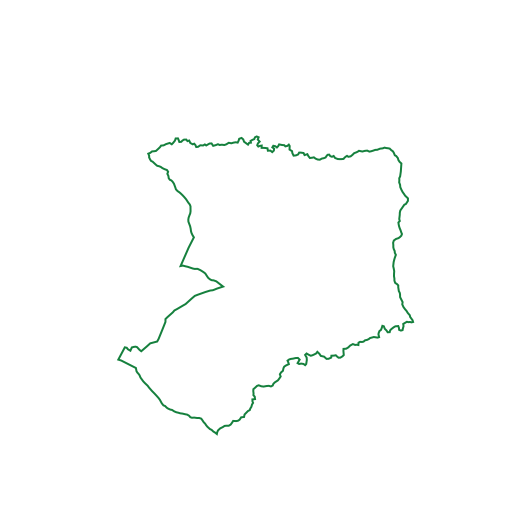 the district of Caarapó, Mato Grosso do Sul, Brazil, rotated 144°
{"feature_id": "56859067B43727288839487", "entity_name": "Caarapó", "entity_type": "district", "adm_level": 2, "iso_a3": "BRA", "parent_name": "Brazil", "parent_adm1": "Mato Grosso do Sul", "projection": "albers", "projection_center": [-54.806, -22.627], "detail": "fine", "context": "isolated", "style": "outline", "palette": "green", "viewbox_px": 512, "rotation_deg": 144, "n_neighbors": 0, "source": "geoboundaries", "source_scale": "gbopen_adm2", "svg_char_len": 6136}
<svg xmlns="http://www.w3.org/2000/svg" viewBox="0 0 512 512"><g transform="rotate(144 256 256)"><path d="M283.5,399.9L284.5,398.6L284.9,396.5L285.0,394.6L284.2,393.1L283.4,389.0L282.9,387.0L281.8,385.8L280.7,384.1L280.1,382.2L279.0,380.1L277.5,377.9L277.6,375.8L279.4,374.6L279.8,372.3L280.9,370.2L280.9,368.3L280.1,367.0L279.8,365.2L279.9,362.7L281.0,358.8L281.6,357.0L281.3,354.6L280.5,352.4L280.1,350.6L279.7,348.3L279.4,345.8L279.2,343.0L279.4,339.0L279.3,336.6L279.8,334.7L282.7,330.6L284.2,329.1L285.8,328.1L288.0,326.6L289.4,325.2L290.5,323.5L291.8,318.8L292.8,316.5L294.0,314.3L294.6,312.7L295.1,310.2L295.3,307.6L305.5,302.4L322.9,292.2L320.8,291.2L319.1,289.1L317.6,287.4L314.4,282.9L313.2,281.6L310.8,279.9L309.3,277.2L308.4,275.0L307.8,273.4L307.3,271.6L307.5,268.0L307.5,266.2L306.8,263.8L306.0,262.4L304.6,261.2L303.0,258.8L300.6,250.6L306.8,252.6L309.3,253.2L311.1,253.7L313.4,255.0L318.1,256.6L325.9,258.9L328.9,259.7L332.9,259.4L341.2,258.5L343.9,258.8L351.2,259.5L354.0,259.9L356.4,259.3L363.5,258.6L366.3,258.2L368.0,255.9L374.0,252.1L383.5,246.2L386.2,244.9L392.9,247.5L397.6,247.0L404.8,246.4L405.4,248.5L405.8,252.2L406.7,253.4L408.1,254.2L410.2,255.0L413.3,253.2L414.5,256.0L414.5,257.7L415.8,259.2L428.3,253.1L426.5,250.7L419.0,236.0L420.4,233.0L420.5,231.3L420.3,229.7L420.3,228.0L420.9,225.6L420.9,223.4L420.9,220.9L420.6,218.5L419.9,214.7L419.9,212.4L419.5,207.9L419.0,204.7L418.6,201.4L418.3,198.2L418.3,196.1L418.8,192.3L418.7,189.6L417.7,188.0L417.4,185.8L416.8,184.2L415.6,182.1L414.4,180.8L413.5,178.4L412.3,176.4L410.9,174.8L409.8,173.3L408.0,171.6L406.4,169.7L404.9,168.1L404.0,166.0L403.9,164.2L402.9,162.8L401.0,161.6L398.8,159.5L397.2,158.4L395.9,156.6L395.9,154.8L396.0,152.2L395.7,150.3L395.8,148.4L395.7,146.5L395.0,143.1L394.1,141.4L393.7,139.1L392.9,137.2L392.3,135.0L391.0,136.2L389.3,137.2L386.3,137.6L383.5,137.1L381.3,137.0L379.7,136.1L377.8,134.7L375.6,134.5L373.1,135.3L371.4,136.0L369.1,134.1L367.4,133.3L365.5,133.2L362.8,134.2L360.3,132.8L358.4,134.5L353.6,135.3L351.6,135.0L350.4,135.9L348.4,136.7L346.5,138.2L344.7,138.9L344.3,140.5L343.2,142.1L340.9,140.8L339.7,143.0L339.9,144.9L338.8,146.2L337.6,148.3L336.4,149.8L334.8,149.9L331.5,150.3L329.8,149.8L328.3,147.5L326.6,145.9L323.7,144.5L321.9,143.4L320.6,141.7L318.6,141.4L317.0,142.4L315.0,142.7L311.4,142.5L309.4,143.1L306.9,144.0L306.2,146.3L304.1,147.1L301.7,147.3L299.7,149.1L298.2,149.9L295.9,149.8L293.0,149.2L292.4,150.9L292.0,152.8L289.9,152.8L288.2,152.2L286.4,151.2L284.0,150.2L282.0,148.9L281.6,146.5L285.3,144.9L284.6,143.3L282.7,142.4L281.0,140.7L280.4,138.8L278.9,139.1L276.0,142.0L274.7,144.1L274.4,147.1L272.4,147.4L271.5,145.3L270.3,143.1L268.6,142.5L266.6,142.1L264.6,141.8L262.7,142.4L262.2,139.6L262.3,137.1L260.1,134.6L259.4,131.3L257.7,130.2L254.9,129.6L253.6,131.0L251.5,129.6L249.8,128.8L249.5,127.0L249.0,125.2L247.5,124.2L245.0,124.0L243.2,124.3L241.1,127.8L239.8,129.4L237.5,128.0L235.1,127.8L232.4,128.2L229.4,127.8L228.1,125.8L226.5,124.9L225.5,123.8L224.0,125.6L222.3,125.4L220.7,124.1L219.3,123.5L217.4,123.7L215.3,122.8L213.5,122.5L212.0,122.6L208.3,121.2L205.6,118.5L204.1,118.0L202.9,120.8L201.6,121.9L200.0,122.8L198.5,122.7L197.1,123.5L194.8,125.2L193.9,124.0L194.6,121.4L194.2,119.1L194.3,116.9L192.6,115.8L191.2,117.0L189.5,117.3L186.6,117.4L184.6,117.2L182.1,115.7L182.6,113.9L183.6,112.1L182.6,110.5L181.0,109.9L179.8,111.0L177.9,112.5L176.8,114.5L172.6,114.1L171.6,112.9L170.2,112.1L169.2,110.9L167.7,110.3L167.1,112.0L167.1,116.1L166.4,117.7L166.7,120.7L166.5,123.2L166.7,125.2L166.7,128.0L166.1,130.9L164.5,132.5L163.6,138.0L161.9,140.5L161.3,141.9L161.1,143.6L159.3,147.1L158.2,148.6L158.4,150.2L159.2,152.5L158.5,154.7L157.3,156.4L156.2,158.6L154.6,160.7L153.1,162.5L151.9,165.0L151.0,167.1L148.2,170.2L146.4,171.7L145.0,172.8L142.2,174.7L141.8,177.0L140.9,178.5L140.5,180.6L139.8,182.3L138.5,184.1L137.3,186.1L135.4,187.5L132.7,187.5L130.2,186.7L128.5,186.7L126.5,187.0L125.0,188.0L124.6,189.7L123.9,191.9L123.4,194.1L122.8,195.9L122.0,197.7L121.1,199.4L119.1,199.8L118.4,201.7L116.9,203.3L115.6,204.7L114.2,206.5L112.5,208.0L105.9,210.3L104.1,210.0L100.7,211.3L99.2,213.3L99.9,217.2L99.8,219.2L99.8,221.5L99.4,224.2L98.8,226.9L97.6,228.9L96.9,231.4L95.6,232.9L94.4,234.7L92.6,235.7L89.2,239.2L84.0,245.4L84.5,247.8L84.4,249.9L83.7,251.8L83.8,254.5L84.5,255.9L83.9,258.2L83.7,260.1L84.4,262.3L84.7,264.3L85.8,265.5L87.3,266.9L88.3,268.1L90.2,268.6L92.5,269.9L95.6,270.7L97.0,271.7L99.4,272.4L101.4,273.1L102.9,273.8L104.1,275.9L106.2,277.1L108.5,278.0L110.9,280.6L112.4,280.6L114.0,280.9L116.1,281.5L118.6,281.1L120.9,281.0L123.0,282.0L123.5,283.5L125.0,283.6L126.6,283.5L128.1,283.1L130.2,284.3L132.8,286.3L134.4,288.8L134.4,291.3L136.2,291.6L137.2,293.1L137.2,295.0L138.6,295.8L140.3,295.4L141.8,294.8L143.7,295.3L145.4,296.1L147.8,296.4L149.4,297.8L150.6,299.8L151.2,301.8L152.6,302.4L154.8,303.6L154.9,306.1L154.6,308.2L157.4,309.1L157.0,311.4L159.0,313.3L160.3,314.3L162.2,313.4L164.5,313.9L166.6,315.1L166.1,317.9L165.2,319.6L166.3,322.4L164.1,325.2L164.0,326.8L165.8,326.6L167.8,327.4L168.0,329.0L169.7,330.5L171.7,332.7L173.5,331.8L175.3,331.5L175.8,333.4L177.2,335.0L178.9,334.3L178.2,332.2L179.6,330.8L181.8,330.5L182.4,332.8L184.5,334.2L183.4,336.4L185.4,338.3L187.9,340.2L186.5,342.0L188.3,342.9L189.8,343.2L189.9,344.9L188.2,346.0L185.8,346.4L186.1,349.2L184.1,350.5L185.2,352.3L187.1,352.6L188.7,351.6L190.8,352.1L192.8,352.3L193.5,350.7L195.1,351.6L197.0,350.8L198.5,355.5L197.8,357.8L198.3,360.0L200.7,360.7L202.3,359.5L204.2,358.5L205.5,359.9L207.5,360.9L209.7,361.7L211.5,363.6L214.4,363.8L216.4,364.4L218.2,366.1L220.2,367.2L221.1,368.8L223.2,369.3L225.9,370.3L225.8,373.2L227.5,374.3L231.3,374.7L231.8,376.3L233.8,376.5L236.0,378.3L238.7,378.4L240.3,379.3L239.8,381.4L240.0,383.2L241.5,383.5L242.7,386.0L242.2,388.7L243.9,389.2L244.0,391.2L245.9,392.5L247.8,392.6L249.3,392.3L251.0,393.3L250.4,395.3L250.0,397.0L251.9,398.3L253.7,397.0L256.6,396.2L258.5,395.9L259.4,398.2L263.0,399.4L265.7,399.8L267.9,401.1L269.6,400.5L271.6,400.2L275.2,399.8L276.8,400.6L278.6,401.7L281.0,401.6L283.0,402.1L283.5,399.9Z" fill="none" stroke="#15803d" stroke-width="2"/></g></svg>